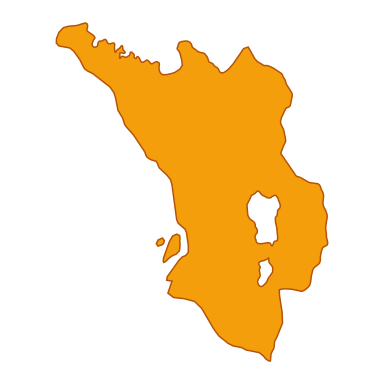 the State of Selangor
{"feature_id": "MYS-1148", "entity_name": "Selangor", "entity_type": "State", "adm_level": 1, "iso_a3": "MYS", "parent_name": "Malaysia", "parent_adm1": "", "projection": "robinson", "projection_center": [101.463, 3.229], "detail": "fine", "context": "isolated", "style": "filled", "palette": "amber", "viewbox_px": 384, "rotation_deg": 0, "n_neighbors": 0, "source": "natural_earth", "source_scale": "10m", "svg_char_len": 5862}
<svg xmlns="http://www.w3.org/2000/svg" viewBox="0 0 384 384"><path d="M270.4,361.0L268.6,360.8L265.6,358.7L263.3,355.9L259.2,352.6L246.2,350.0L241.4,347.5L233.4,346.0L228.3,343.5L218.9,336.0L213.5,328.6L201.8,308.5L194.5,301.4L184.2,298.7L173.6,297.5L167.9,293.2L172.0,281.1L166.7,280.3L167.2,276.8L178.9,260.4L182.3,256.9L185.7,255.5L188.3,252.4L188.3,245.5L186.5,232.7L185.0,229.2L178.2,223.2L176.7,219.8L172.0,185.0L170.6,179.8L167.2,175.4L159.1,167.7L158.2,165.6L157.4,163.2L156.0,161.2L151.3,159.9L149.0,158.6L147.0,157.1L146.2,155.9L144.6,151.6L133.4,134.8L126.0,126.5L124.6,124.2L122.6,118.0L118.0,110.4L115.7,98.5L114.0,92.8L110.0,87.0L92.9,73.7L87.2,70.8L84.9,69.1L83.5,67.1L79.9,59.8L73.8,51.2L69.8,48.0L58.8,45.9L56.3,43.1L56.5,38.5L59.0,32.3L62.9,28.1L63.8,27.6L68.3,26.3L76.8,25.5L83.5,23.4L85.3,23.0L86.2,23.2L87.0,23.7L87.6,25.1L87.6,26.2L87.5,27.2L87.0,29.0L86.9,29.9L87.1,30.6L87.5,31.3L93.4,35.4L94.5,36.7L94.9,37.8L94.6,38.6L93.6,40.0L92.9,41.4L92.3,43.2L92.2,44.1L92.3,45.1L92.6,46.0L93.1,46.7L93.9,47.1L94.9,47.2L96.6,46.7L97.3,46.1L97.7,45.4L97.9,43.6L98.1,42.7L98.6,41.9L99.0,41.4L100.0,41.0L101.7,41.0L102.2,40.9L103.7,39.8L104.4,39.5L105.2,39.4L106.0,39.9L106.8,41.1L107.2,42.2L107.8,43.2L108.8,43.7L110.7,43.7L112.7,43.0L113.5,43.0L114.3,43.3L114.7,44.5L114.4,47.6L114.7,49.4L114.7,50.4L114.8,51.3L115.0,52.0L115.5,52.2L116.2,51.5L117.2,49.9L117.7,49.4L119.1,48.6L119.6,48.1L120.2,47.5L121.1,46.1L121.7,45.8L122.3,45.8L122.7,46.8L122.8,48.7L123.0,49.5L123.4,50.2L124.5,51.3L124.9,52.0L125.1,52.7L124.6,53.2L123.5,53.4L121.4,52.8L120.3,52.9L119.7,53.4L119.9,55.1L119.8,56.0L119.4,57.6L119.5,58.1L120.1,58.1L121.7,56.5L122.7,56.3L123.7,56.5L125.0,57.2L126.3,57.3L129.3,55.5L129.8,54.5L130.3,52.5L130.9,52.1L131.8,52.2L133.8,54.2L134.2,55.1L134.1,56.8L134.3,57.5L134.8,58.1L135.4,58.4L136.1,58.3L136.6,57.3L137.2,56.7L137.9,56.6L138.9,57.6L139.5,58.4L141.0,61.7L141.7,62.1L142.6,62.3L144.4,61.6L146.1,60.3L146.9,60.1L147.8,60.3L149.1,61.5L150.5,63.3L151.2,63.7L152.1,63.8L155.5,61.9L157.1,61.7L159.3,63.2L159.3,65.4L159.0,67.4L159.0,68.5L159.3,70.4L160.0,72.1L160.4,72.8L160.8,73.5L161.5,74.0L162.2,74.4L163.1,74.7L166.9,74.6L172.7,73.2L174.9,72.4L180.0,69.0L182.3,65.3L181.8,60.7L180.7,56.0L179.6,52.4L179.2,51.7L177.3,49.2L177.1,48.5L177.3,47.7L177.6,47.0L178.2,45.2L178.4,44.3L178.8,43.4L179.2,42.8L179.8,42.3L180.9,41.8L182.5,41.4L185.7,41.0L187.7,41.2L190.1,42.5L190.9,43.4L191.5,44.5L192.0,46.3L192.4,47.1L192.9,47.7L194.2,48.7L194.8,49.0L195.8,49.8L197.2,51.0L198.7,51.9L200.5,52.5L203.3,53.0L204.0,53.3L204.6,53.7L205.2,54.3L207.1,56.8L207.5,57.5L208.6,61.0L208.9,61.6L209.2,62.0L209.8,62.4L211.8,63.1L212.6,63.6L213.2,64.2L214.1,65.6L215.3,66.6L216.8,67.4L217.4,67.9L218.0,68.5L219.7,71.8L220.1,72.2L220.8,72.6L221.7,72.9L223.1,72.7L224.1,72.4L226.1,71.1L228.5,69.2L233.3,63.7L241.6,51.6L242.3,50.3L243.3,49.1L243.9,48.5L248.2,47.0L254.9,58.9L257.9,62.0L259.4,62.7L263.3,65.2L264.5,65.6L265.4,65.5L267.3,65.6L268.2,65.8L272.8,67.8L280.9,73.1L282.3,74.5L283.2,77.0L285.0,79.7L285.3,80.6L285.5,81.5L286.4,84.3L289.9,89.7L292.1,93.5L292.2,96.0L290.6,104.1L290.3,105.4L289.8,106.1L289.3,106.7L288.6,107.1L287.0,107.7L285.7,108.6L281.6,117.3L280.9,119.7L280.5,121.5L280.6,122.5L280.8,123.5L281.1,124.4L281.4,125.3L283.0,128.3L283.9,130.8L285.6,139.4L285.6,140.8L285.4,142.0L283.4,146.1L280.7,153.4L296.1,175.9L297.7,176.7L300.0,177.3L308.8,182.3L310.1,182.7L317.7,183.7L319.0,184.5L319.6,185.1L320.4,186.6L321.2,189.2L322.8,192.3L323.3,194.0L323.6,196.0L322.9,203.0L323.2,205.2L324.1,207.6L325.7,210.6L326.3,212.4L326.9,214.1L327.1,215.0L327.2,217.1L325.9,225.3L325.7,229.2L326.3,233.2L326.5,237.5L327.5,241.2L327.7,243.2L327.5,244.2L326.9,245.2L323.1,247.3L322.4,248.4L321.8,250.1L320.9,253.5L320.3,257.1L320.4,259.3L320.3,260.3L319.9,262.2L319.4,263.2L318.5,264.2L314.1,267.7L313.7,268.3L313.1,269.2L312.6,270.6L311.4,275.6L310.6,282.0L309.8,284.9L309.1,286.1L307.8,287.5L305.0,289.9L303.3,290.8L302.0,291.3L301.0,291.2L292.3,289.3L285.1,288.8L283.1,288.9L279.9,289.5L279.4,289.7L279.3,292.0L279.6,296.1L282.1,312.1L282.5,323.0L276.9,337.1L274.8,341.0L274.5,342.2L274.1,346.8L273.7,348.8L272.3,351.0L271.0,354.3L270.4,361.0ZM269.3,198.0L267.4,197.8L261.8,194.9L259.1,191.5L258.0,191.1L257.2,191.2L254.9,193.5L251.9,195.2L251.4,195.6L251.1,196.0L250.4,197.9L247.1,204.5L247.0,205.3L247.7,214.6L248.0,215.6L248.9,217.5L250.1,219.1L250.8,219.7L253.8,221.8L254.5,222.6L255.0,223.8L255.3,225.0L255.3,226.4L255.5,227.0L255.7,227.4L256.0,227.6L256.7,228.5L257.2,230.1L257.4,231.1L257.3,232.0L257.1,232.7L255.7,234.7L255.3,235.6L255.0,236.6L255.1,237.7L255.8,239.6L256.1,241.1L256.5,242.2L257.2,243.0L258.4,243.5L259.9,243.7L261.4,243.7L267.8,242.7L269.4,242.9L270.1,243.2L270.6,243.7L271.4,245.6L272.0,245.9L272.7,245.1L273.3,243.9L273.7,242.5L274.2,241.6L274.8,241.2L275.7,241.2L276.6,240.9L277.3,240.2L277.6,239.1L277.7,237.6L276.7,227.5L275.6,222.4L275.3,219.3L275.4,217.5L276.0,216.7L276.9,215.7L277.2,214.6L277.6,210.9L278.1,209.7L279.7,208.1L280.1,207.2L280.3,206.1L280.1,204.5L279.6,202.9L278.6,200.6L277.7,197.7L276.8,196.7L276.3,195.8L275.4,195.3L274.4,195.4L272.1,196.6L270.9,197.6L269.3,198.0ZM261.0,286.6L262.7,286.1L266.1,282.8L267.2,280.9L268.0,278.7L272.6,272.1L272.7,267.4L271.0,264.8L269.2,262.8L268.5,258.1L266.6,259.4L265.6,259.7L264.3,260.5L260.8,261.3L259.3,262.1L258.7,263.7L259.2,265.2L260.1,266.7L260.2,267.9L259.5,268.9L259.3,270.6L260.2,274.7L260.1,276.1L259.6,277.0L259.1,278.2L258.4,278.9L257.6,281.4L257.9,283.3L258.9,285.4L260.0,286.3L261.0,286.6ZM180.0,239.2L179.7,241.1L180.1,244.5L179.5,250.7L176.2,254.1L171.7,256.1L168.2,258.9L166.8,260.4L165.4,261.7L163.6,262.4L163.2,260.7L163.6,257.8L169.4,241.6L172.6,236.0L176.7,234.1L179.7,235.7L180.0,239.2ZM164.4,240.7L163.5,243.6L161.6,245.0L157.9,246.1L156.3,243.7L158.1,240.0L162.4,238.0L164.4,240.7Z" fill="#f59e0b" stroke="#b45309" stroke-width="1.5"/></svg>